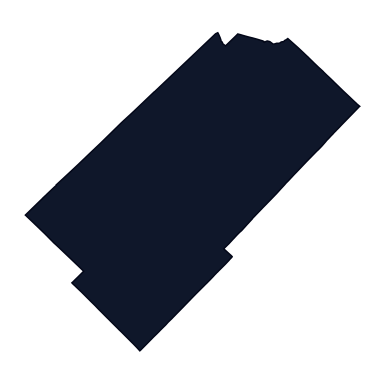 outline of Balaceanu, Buzau, Romania, rotated 181°
{"feature_id": "2599482B52608933480598", "entity_name": "Balaceanu", "entity_type": "district", "adm_level": 2, "iso_a3": "ROU", "parent_name": "Romania", "parent_adm1": "Buzau", "projection": "albers", "projection_center": [27.123, 45.25], "detail": "fine", "context": "isolated", "style": "filled", "palette": "ink", "viewbox_px": 384, "rotation_deg": 181, "n_neighbors": 0, "source": "geoboundaries", "source_scale": "gbopen_adm2", "svg_char_len": 2646}
<svg xmlns="http://www.w3.org/2000/svg" viewBox="0 0 384 384"><g transform="rotate(181 192 192)"><path d="M149.0,350.8L150.8,348.9L154.6,345.1L160.3,339.4L161.0,338.7L162.8,340.0L163.7,340.6L163.8,340.9L164.2,341.9L164.8,342.8L165.3,343.2L165.7,343.6L165.7,344.3L166.6,346.8L168.2,350.3L169.0,351.7L171.2,350.6L202.2,320.1L202.3,320.0L231.0,291.8L231.6,291.4L249.1,274.1L253.0,270.3L263.8,260.0L283.8,239.7L294.6,229.1L306.5,217.3L313.2,210.8L318.6,205.6L327.9,196.7L327.7,196.3L329.9,194.3L341.3,183.1L341.4,182.9L343.6,180.7L343.9,180.4L346.4,177.9L358.2,166.0L352.4,160.7L338.4,147.7L329.1,138.6L323.8,133.9L311.1,122.2L298.9,110.9L304.8,104.8L307.4,102.2L309.3,100.2L310.5,99.1L310.1,98.6L304.1,93.1L300.6,89.9L291.1,80.7L287.6,77.4L282.8,72.6L280.8,70.7L276.7,66.7L268.4,58.7L263.9,54.4L262.0,52.5L261.5,52.1L260.0,50.7L256.6,47.4L249.9,40.9L248.4,39.5L245.9,37.0L244.4,35.5L242.7,33.7L241.4,32.3L241.0,32.7L240.9,32.8L240.7,32.9L239.4,34.3L235.0,38.9L233.1,40.9L228.1,46.2L225.0,49.3L222.0,52.4L221.9,52.6L218.0,56.6L216.2,58.4L213.6,61.4L209.7,65.3L208.9,66.2L206.9,68.3L205.6,69.7L203.4,72.0L194.1,81.9L189.8,86.5L189.6,86.7L186.3,90.2L182.8,93.8L177.3,99.5L176.2,100.6L175.1,101.7L174.1,102.8L173.0,103.9L170.5,106.6L169.3,107.9L168.1,109.3L166.4,111.1L165.9,111.7L165.1,112.4L164.3,113.3L157.5,120.3L154.4,123.7L153.9,124.2L153.5,124.8L151.1,127.4L150.8,127.8L150.7,128.1L151.9,129.3L153.2,130.4L155.0,132.0L156.7,133.5L159.3,135.8L153.9,141.3L150.7,144.9L146.1,150.0L143.7,152.5L142.7,153.4L141.9,154.1L140.9,155.2L136.5,160.3L131.4,166.0L131.0,166.7L120.8,177.7L113.6,185.3L107.0,192.4L104.9,194.8L103.6,196.3L99.5,200.9L98.2,202.5L95.5,205.3L90.3,211.1L86.1,215.6L78.2,224.2L76.4,226.1L71.3,231.5L67.9,235.1L66.3,236.6L63.5,239.6L63.3,239.8L61.6,241.8L59.0,244.9L58.9,245.1L58.7,245.3L58.6,245.5L57.6,246.6L56.8,247.4L55.7,248.6L54.9,249.5L54.4,250.1L54.0,250.5L52.3,252.3L51.9,252.7L51.5,253.3L51.0,253.8L49.7,255.2L49.5,255.3L49.2,255.7L48.8,256.2L47.0,258.0L44.1,261.2L39.4,266.2L36.3,269.5L31.4,274.7L28.9,277.4L28.1,278.2L26.2,280.3L25.8,280.6L26.4,281.1L26.9,281.4L27.5,282.0L28.3,282.6L32.8,286.7L34.2,288.0L35.6,289.3L38.8,292.2L43.1,296.1L51.6,304.1L56.7,308.9L59.3,311.2L62.6,314.3L62.9,314.7L68.0,319.2L70.9,321.9L71.9,322.8L77.8,328.4L88.2,337.9L98.9,347.1L100.6,345.8L102.0,345.1L102.9,344.1L103.4,343.8L104.3,343.8L105.5,343.5L106.6,342.6L107.6,342.2L109.9,342.2L112.6,341.3L113.6,341.4L116.8,343.7L119.2,344.3L120.4,344.0L122.4,342.8L123.0,343.2L122.8,343.8L123.9,344.3L128.8,345.7L133.8,347.0L138.2,348.0L142.5,349.1L146.5,350.2L148.2,350.6L149.0,350.8Z" fill="#0f172a" stroke="#020617" stroke-width="1.5"/></g></svg>